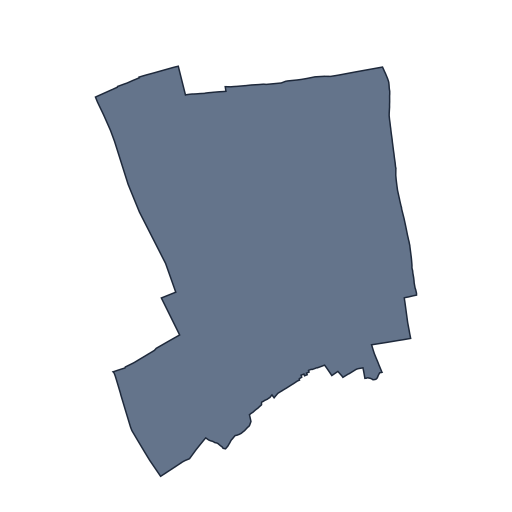 Targu Bujor, Galati, Romania, rotated 350°
{"feature_id": "2599482B16155789325197", "entity_name": "Targu Bujor", "entity_type": "district", "adm_level": 2, "iso_a3": "ROU", "parent_name": "Romania", "parent_adm1": "Galati", "projection": "albers", "projection_center": [27.937, 45.873], "detail": "fine", "context": "isolated", "style": "filled", "palette": "slate", "viewbox_px": 512, "rotation_deg": 350, "n_neighbors": 0, "source": "geoboundaries", "source_scale": "gbopen_adm2", "svg_char_len": 4595}
<svg xmlns="http://www.w3.org/2000/svg" viewBox="0 0 512 512"><g transform="rotate(350 256 256)"><path d="M95.1,345.2L96.0,346.7L96.2,347.9L96.6,350.1L96.7,351.1L97.0,353.4L97.4,356.8L98.7,368.0L98.7,368.8L100.5,384.1L102.7,402.5L103.1,404.7L103.5,406.5L107.3,416.6L112.1,429.2L114.0,434.1L115.9,438.9L123.8,456.4L132.0,452.9L140.6,449.2L147.9,446.0L150.7,445.1L155.3,444.1L163.4,436.3L169.1,431.3L169.7,430.8L172.7,428.2L174.9,426.4L176.4,427.9L177.5,429.0L178.4,429.6L179.2,430.1L180.9,430.9L181.7,431.4L182.9,432.5L183.4,432.8L184.5,433.1L186.1,434.2L186.1,434.3L187.1,435.5L188.2,436.8L188.4,437.0L189.7,438.4L189.8,438.7L189.9,439.3L190.7,439.9L192.5,440.6L193.6,439.7L194.1,439.3L195.3,438.3L196.7,436.6L197.7,435.5L198.3,434.7L199.3,433.4L200.0,432.7L200.6,432.3L201.2,431.8L201.8,431.3L202.7,430.5L204.3,429.2L206.2,429.2L206.9,429.0L208.3,428.8L210.6,428.1L212.7,426.9L213.9,426.3L214.7,425.8L218.1,423.2L219.4,422.6L219.7,422.2L220.3,421.6L222.3,418.1L222.0,411.1L222.5,410.9L223.7,410.2L225.7,409.4L225.9,409.3L228.6,407.6L230.1,406.8L230.8,406.5L231.1,406.4L232.6,405.4L233.5,404.8L235.5,403.6L235.7,403.2L235.8,402.0L236.0,401.5L236.1,401.2L236.6,400.7L237.6,400.5L238.1,400.4L238.9,400.0L239.2,399.8L242.3,399.0L243.1,398.6L243.7,398.3L245.1,397.8L245.7,397.2L247.3,395.8L247.6,395.6L249.2,398.8L250.9,397.3L253.6,395.1L254.2,394.8L260.5,392.3L261.0,392.1L262.7,391.5L266.1,390.1L269.7,388.6L270.1,388.5L274.2,386.7L275.1,386.3L277.3,385.8L277.2,384.8L277.2,384.7L277.4,384.3L278.5,383.9L280.0,383.3L279.7,381.2L282.7,380.6L282.8,381.4L283.0,382.4L285.8,381.8L285.6,380.9L285.4,380.1L288.1,379.5L287.8,377.8L288.0,377.7L290.7,377.2L291.5,377.5L294.0,377.1L296.5,376.6L296.8,376.6L297.0,376.8L302.0,375.9L303.9,375.5L304.1,375.5L304.6,375.4L305.4,377.0L306.4,379.1L308.4,383.5L309.9,386.9L315.0,384.6L316.6,383.9L319.9,389.3L320.5,390.6L321.0,390.4L324.0,389.2L326.5,388.2L327.0,388.2L331.0,386.6L335.0,385.0L336.8,384.7L340.9,384.7L341.9,384.7L342.0,388.9L342.0,395.2L342.0,395.4L343.6,395.5L344.5,395.3L345.2,395.4L345.4,395.5L345.7,395.7L347.3,396.3L348.7,397.2L349.7,398.2L351.6,398.3L352.7,398.2L353.8,397.5L354.4,396.9L354.9,396.0L355.0,396.0L355.6,394.9L356.8,393.4L357.5,392.5L358.3,392.5L359.5,392.5L359.6,392.4L359.9,392.4L359.8,392.1L358.5,386.2L358.1,384.5L357.8,382.8L356.8,378.3L356.7,377.9L355.6,372.8L355.1,369.3L354.7,365.9L354.4,363.5L369.9,363.8L381.4,363.9L386.7,364.0L387.7,364.0L394.0,364.0L393.9,359.2L393.9,356.0L393.8,348.0L394.6,327.8L394.7,323.7L394.8,322.9L397.1,322.8L398.8,322.8L403.7,322.5L407.3,322.4L407.6,320.6L407.4,316.9L407.1,315.0L407.1,312.4L407.1,312.1L407.1,309.8L407.2,308.9L407.3,308.0L407.4,306.3L407.5,304.6L407.5,300.0L407.7,297.8L407.5,294.9L408.0,292.1L408.4,287.9L408.5,286.7L408.6,285.4L408.7,284.0L408.8,281.7L409.2,273.3L409.3,272.1L409.2,270.7L409.2,268.5L409.0,266.1L409.0,265.0L408.8,261.6L408.8,261.3L408.7,256.5L408.6,252.8L408.4,247.5L408.3,244.7L407.6,235.2L407.7,233.4L407.5,231.8L407.2,226.2L407.2,224.9L407.1,223.1L406.8,215.9L407.0,210.7L407.3,205.0L407.5,202.8L407.6,201.3L407.7,200.6L408.9,194.2L409.0,194.1L409.0,193.5L408.9,192.4L409.2,188.4L409.4,182.4L409.6,179.4L409.7,176.1L410.0,170.1L410.1,167.4L410.3,164.8L410.5,159.0L410.7,155.1L410.8,154.0L410.9,151.1L411.1,148.0L411.2,145.0L411.5,140.9L412.0,138.4L413.4,132.5L413.8,130.1L414.4,127.3L415.4,121.4L415.8,119.8L416.3,116.9L416.3,115.1L416.4,113.5L416.6,111.8L416.7,110.8L416.8,109.8L416.8,109.1L416.9,108.4L416.8,106.9L416.4,104.2L415.2,98.8L414.9,97.7L414.5,96.3L414.2,95.0L413.4,91.9L385.8,92.0L368.6,92.2L360.7,92.1L354.5,90.9L345.2,89.8L337.0,90.0L331.7,90.0L327.0,89.8L317.8,89.1L315.5,89.1L310.9,90.0L295.9,88.8L293.3,88.1L288.0,87.6L281.3,86.8L276.7,86.5L276.2,86.5L274.9,86.4L274.7,86.3L273.8,86.3L273.0,86.2L269.7,85.9L266.3,85.6L265.6,85.5L263.0,85.2L260.5,85.0L255.1,83.9L255.0,88.6L251.8,88.3L248.5,87.9L245.2,87.6L241.8,87.3L240.1,87.2L238.3,87.0L234.8,86.8L233.5,86.9L231.2,86.6L229.0,86.3L225.5,86.0L223.1,85.7L221.3,85.4L218.7,85.2L216.0,85.1L215.3,85.1L214.5,85.2L213.3,68.4L212.4,55.6L209.0,55.8L206.6,56.0L186.8,58.0L179.9,58.6L176.1,59.0L174.5,59.2L171.9,59.5L172.0,60.2L170.3,60.6L168.2,61.1L165.4,61.7L160.2,63.0L159.0,63.3L155.8,63.8L149.1,65.0L148.8,65.7L132.6,69.8L127.0,71.2L125.5,71.6L126.2,74.9L126.6,76.8L127.9,81.5L129.9,88.6L130.5,90.8L134.5,107.0L136.6,118.6L142.5,163.2L148.8,192.4L165.7,247.7L169.8,272.3L170.7,277.7L155.5,280.9L167.1,320.5L154.4,325.0L141.7,329.6L139.6,331.3L116.9,340.0L108.0,342.6L107.5,343.5L103.7,344.0L99.4,344.6L96.3,345.1L95.1,345.2Z" fill="#64748b" stroke="#1e293b" stroke-width="1.5"/></g></svg>